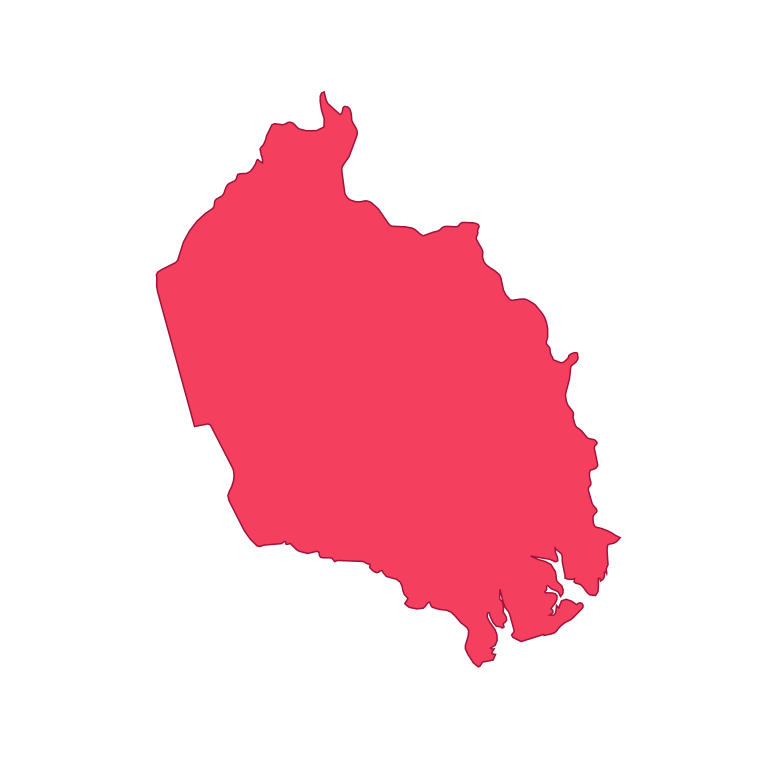 an SVG outline of Northern, rotated 255°
{"feature_id": "SLE-762", "entity_name": "Northern", "entity_type": "Province", "adm_level": 1, "iso_a3": "SLE", "parent_name": "Sierra Leone", "parent_adm1": "", "projection": "mercator", "projection_center": [-12.175, 9.121], "detail": "fine", "context": "isolated", "style": "filled", "palette": "rose", "viewbox_px": 768, "rotation_deg": 255, "n_neighbors": 0, "source": "natural_earth", "source_scale": "10m", "svg_char_len": 6157}
<svg xmlns="http://www.w3.org/2000/svg" viewBox="0 0 768 768"><g transform="rotate(255 384 384)"><path d="M532.1,189.2L537.7,189.8L545.1,192.0L548.2,192.3L550.6,194.4L552.2,199.4L555.2,214.1L556.8,216.7L573.1,227.1L582.2,235.8L589.8,245.7L595.0,255.7L597.6,263.3L598.9,265.4L600.2,266.2L603.7,267.5L605.2,268.7L606.1,270.4L607.6,276.2L609.2,278.4L614.9,282.3L617.0,284.5L617.8,286.4L618.9,292.5L620.5,294.6L622.7,295.7L624.4,297.1L624.2,300.3L623.0,305.8L623.9,309.8L626.3,313.1L629.6,316.7L633.0,319.0L633.5,320.2L631.1,321.9L629.0,323.8L631.7,324.7L635.6,324.9L637.0,324.6L639.2,324.9L641.5,324.9L643.6,325.4L646.2,329.3L648.8,331.6L651.8,333.6L654.0,334.7L663.4,342.9L663.7,345.7L660.6,353.4L660.6,355.3L661.5,359.1L661.2,361.1L659.4,363.7L657.1,365.2L654.7,366.3L652.5,367.8L648.6,374.8L646.2,384.4L647.8,392.5L655.7,394.9L664.7,394.5L673.5,395.5L678.6,396.9L681.2,399.1L681.6,401.8L673.1,401.6L669.3,402.4L656.0,411.0L655.7,411.9L656.6,413.4L661.6,416.1L662.2,417.1L662.2,418.4L660.9,420.7L659.6,421.6L658.1,422.2L655.2,422.4L652.5,422.2L647.5,421.2L646.2,421.2L644.8,421.4L638.3,423.2L635.7,423.5L634.0,423.3L632.7,423.0L629.8,421.3L612.9,409.3L611.4,407.7L607.3,402.6L604.2,399.6L602.8,399.0L600.8,398.4L578.3,395.5L575.1,396.2L573.0,397.1L570.7,398.8L567.7,403.3L566.8,405.5L566.2,407.9L565.8,413.4L564.9,415.6L563.7,417.4L562.1,418.9L555.7,423.2L553.6,424.2L537.6,429.9L535.6,431.0L534.3,432.7L530.3,445.2L527.4,451.4L526.0,453.1L524.1,454.7L519.1,458.0L517.4,459.8L517.0,460.7L517.9,470.2L517.8,475.7L518.4,477.9L520.1,480.9L520.4,483.4L519.9,485.9L517.7,492.7L517.2,495.0L517.3,496.2L517.8,497.2L519.0,499.0L519.5,500.0L519.7,502.0L516.8,511.4L515.5,514.0L514.2,515.7L513.1,516.5L511.8,516.7L510.9,516.3L508.5,514.3L505.2,513.6L504.2,513.0L502.6,511.6L500.6,510.7L499.4,510.8L488.4,513.6L485.8,513.6L481.3,512.1L478.1,512.0L475.6,512.3L472.9,513.5L469.3,516.1L464.5,520.5L459.6,523.8L456.3,524.4L443.9,523.7L438.8,524.7L434.0,526.9L432.7,527.8L432.1,528.6L431.6,529.6L430.9,536.4L429.9,541.4L428.9,543.1L427.4,545.0L422.3,549.8L420.8,550.8L410.6,555.3L406.5,556.4L400.7,556.8L395.2,556.4L386.8,554.2L382.9,551.8L381.4,551.3L379.8,551.7L377.5,552.9L376.0,553.4L374.7,553.4L371.9,552.8L368.4,552.9L366.4,553.7L363.7,553.7L359.2,559.6L358.5,561.7L358.5,562.8L358.9,563.9L361.0,568.0L361.7,568.8L363.5,569.8L364.0,570.7L364.8,572.9L365.0,575.1L364.6,577.6L363.7,578.8L359.5,578.2L358.3,577.9L357.4,577.2L355.3,574.8L353.5,570.4L352.9,569.5L352.0,568.8L341.2,564.6L327.7,557.0L326.2,556.4L321.8,555.8L318.6,555.8L316.7,556.0L315.2,556.4L308.9,559.1L307.0,559.4L305.7,559.2L303.7,558.2L302.0,557.9L295.7,558.0L293.6,558.4L292.1,559.0L290.5,560.6L287.2,562.9L279.5,566.4L278.1,568.0L276.0,572.4L274.9,573.5L272.8,574.6L271.6,574.4L270.7,573.7L269.7,571.7L267.8,570.5L251.1,569.6L249.5,569.1L248.2,567.4L247.5,565.1L247.3,561.2L246.6,560.4L245.6,559.8L243.5,558.9L239.7,558.4L235.6,558.4L233.7,557.9L232.5,557.0L231.4,555.1L229.4,554.1L228.1,553.9L215.0,554.1L213.0,554.5L208.5,556.7L206.9,556.9L205.7,556.6L205.0,555.9L203.9,553.8L202.6,552.1L201.1,551.4L199.1,550.8L195.0,550.3L192.9,550.5L191.5,551.1L190.8,551.9L188.1,556.8L184.3,562.1L180.6,566.0L178.1,568.1L174.4,572.4L171.5,567.8L170.7,564.7L171.0,560.7L170.9,559.4L170.4,558.4L168.3,557.3L165.1,556.3L151.4,553.6L149.9,552.3L147.6,550.7L143.9,550.3L143.2,550.0L145.1,549.7L145.1,548.2L142.5,547.6L140.2,546.5L138.5,544.7L137.6,542.1L140.6,542.1L140.6,540.6L134.2,539.1L128.1,537.0L124.9,533.6L127.0,528.3L129.6,526.4L136.2,523.8L139.0,522.2L140.7,520.0L142.0,517.6L143.7,516.3L146.7,517.7L146.6,515.1L147.2,512.7L148.3,510.5L149.7,508.6L151.8,509.2L166.3,510.2L170.5,511.3L172.9,511.6L174.7,511.0L179.1,507.9L181.2,506.9L177.1,506.0L172.4,506.6L168.3,506.2L167.8,503.7L167.7,503.9L171.9,498.5L179.8,481.1L174.3,487.9L170.8,493.9L166.5,498.5L158.7,500.9L154.8,500.7L151.5,500.0L148.6,500.0L142.9,503.5L138.9,503.8L135.3,502.5L133.0,499.5L138.0,498.5L140.6,495.8L142.8,492.6L146.7,490.2L146.7,488.7L143.5,488.0L142.7,487.2L142.0,485.7L140.6,485.7L138.6,492.5L137.0,495.2L134.5,496.3L131.0,495.2L127.9,492.5L123.9,487.2L121.6,488.4L119.9,488.2L118.7,486.7L117.9,484.3L116.8,488.1L118.6,490.5L121.9,492.0L125.5,493.3L122.5,494.8L128.6,499.3L128.9,504.3L125.7,509.0L121.0,513.0L121.9,514.9L121.9,516.8L120.9,518.4L118.6,519.0L116.8,518.4L115.5,516.7L109.7,506.9L108.0,503.4L106.6,496.9L104.9,492.8L102.6,489.0L100.5,486.4L99.5,484.0L99.3,480.4L99.7,473.5L100.8,473.4L99.7,449.8L105.9,442.9L108.4,442.3L109.3,443.1L110.1,444.5L111.9,445.9L128.8,445.8L132.3,445.2L136.7,443.2L143.1,442.6L155.7,442.9L146.6,440.1L145.1,440.7L143.5,442.0L139.7,442.0L135.7,441.2L133.0,440.0L130.6,441.0L127.1,441.7L123.9,441.3L122.5,439.2L121.8,437.5L120.3,437.0L118.7,437.1L117.9,436.8L117.7,435.1L118.3,434.4L119.0,434.0L121.2,429.6L125.6,427.6L131.0,426.6L136.0,426.3L136.0,424.7L132.2,423.4L127.2,424.3L117.9,427.7L112.8,428.2L107.2,427.0L102.9,423.9L101.4,418.6L100.5,419.6L100.0,419.7L99.8,420.1L99.7,421.8L96.5,418.6L95.3,418.8L93.9,421.8L89.1,417.9L89.9,407.3L86.4,403.3L86.4,401.9L91.6,398.1L101.2,395.1L106.9,394.0L110.4,394.9L118.7,400.1L123.7,401.9L127.1,401.3L133.7,396.4L142.2,392.3L146.2,389.8L149.2,386.0L152.1,379.0L153.9,375.8L156.0,372.8L157.3,372.1L161.5,371.5L161.3,369.7L158.3,366.0L157.3,363.7L158.3,357.3L161.8,350.5L166.4,347.2L170.6,351.7L175.5,349.1L179.7,348.8L184.0,349.1L188.6,348.3L192.3,345.3L197.5,336.5L201.3,334.6L204.4,333.7L204.5,332.0L203.6,330.0L203.6,328.2L205.3,325.9L206.6,324.8L210.3,322.7L211.2,322.8L212.3,323.6L213.4,323.8L214.8,321.1L217.1,319.0L218.1,317.6L225.6,293.4L225.6,292.3L225.2,291.3L225.3,290.3L228.3,289.1L229.0,288.8L229.5,288.2L230.0,287.2L232.0,279.9L233.0,278.0L235.0,277.2L237.2,277.5L238.9,277.3L239.8,275.4L240.1,266.0L240.7,265.3L244.3,258.9L246.3,256.9L253.2,252.7L253.9,252.6L254.2,251.7L254.1,249.0L254.6,247.9L256.8,248.1L257.5,247.5L257.4,246.4L256.4,243.3L259.4,226.7L259.4,224.4L259.1,222.9L259.3,221.5L260.6,219.4L268.5,214.8L278.4,211.1L311.5,204.1L316.5,204.3L320.5,206.9L324.5,210.5L329.7,213.7L333.9,215.3L337.5,216.1L341.2,216.2L389.5,205.7L391.0,203.6L392.0,190.0L532.1,189.2Z" fill="#f43f5e" stroke="#9f1239" stroke-width="1.5"/></g></svg>